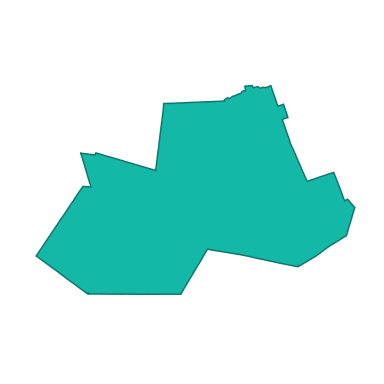 the district of Jimbolia, Timis, Romania, rotated 175°
{"feature_id": "2599482B52055590619759", "entity_name": "Jimbolia", "entity_type": "district", "adm_level": 2, "iso_a3": "ROU", "parent_name": "Romania", "parent_adm1": "Timis", "projection": "albers", "projection_center": [20.766, 45.798], "detail": "fine", "context": "isolated", "style": "filled", "palette": "teal", "viewbox_px": 384, "rotation_deg": 175, "n_neighbors": 0, "source": "geoboundaries", "source_scale": "gbopen_adm2", "svg_char_len": 3902}
<svg xmlns="http://www.w3.org/2000/svg" viewBox="0 0 384 384"><g transform="rotate(175 192 192)"><path d="M300.1,207.1L300.2,206.9L300.3,206.9L303.5,203.0L304.3,202.1L307.1,198.6L309.8,195.3L309.7,195.2L312.8,191.4L314.5,189.4L316.3,187.1L317.2,186.0L319.7,182.8L321.0,181.1L323.4,178.3L324.6,176.9L327.1,173.8L328.3,172.2L330.6,169.4L332.0,167.6L334.0,165.2L336.1,162.6L337.7,160.6L338.9,159.1L341.1,156.4L342.1,155.2L344.6,152.0L345.3,151.2L348.0,147.8L348.7,147.0L351.6,143.3L352.0,142.8L352.8,141.9L350.8,140.2L349.7,139.1L348.5,138.1L346.2,136.1L344.4,134.5L341.5,131.9L341.4,131.9L337.5,128.4L336.6,127.6L332.9,124.5L332.1,123.8L331.8,123.5L331.8,123.4L328.9,120.8L326.7,118.9L324.7,117.0L322.9,115.4L321.7,114.3L321.5,114.1L321.3,114.1L320.9,113.7L320.3,113.2L316.3,109.7L315.4,108.9L311.5,105.4L309.7,103.8L306.8,101.3L306.6,101.1L305.4,100.1L304.6,99.4L304.1,100.2L303.8,99.4L300.7,99.1L299.9,99.1L293.5,98.5L291.8,98.3L286.5,97.8L285.1,97.7L279.1,97.1L277.4,97.0L272.4,96.5L269.2,96.2L269.2,96.4L266.8,96.1L264.6,95.8L260.2,95.4L257.8,95.2L252.9,94.7L245.5,94.0L238.1,93.4L237.0,93.3L230.8,92.8L229.4,92.7L223.4,92.2L220.6,91.9L216.1,91.5L212.1,91.2L211.9,91.3L210.9,92.8L207.8,97.2L207.4,97.7L204.5,101.8L201.6,105.8L198.3,110.4L195.2,114.7L194.8,115.2L191.9,119.2L188.6,123.7L186.3,127.1L185.0,128.9L181.6,133.6L180.5,133.4L175.9,132.1L171.5,131.0L170.2,130.7L164.0,129.1L160.3,128.2L154.6,126.7L150.6,125.7L144.3,123.9L138.5,122.1L132.2,120.0L126.5,118.4L122.5,117.1L113.7,114.4L109.8,113.2L108.4,112.8L102.2,111.0L99.9,110.3L93.2,108.4L91.6,108.9L91.6,109.2L91.4,109.1L90.7,109.4L89.7,109.8L88.3,110.5L87.8,110.8L84.3,112.4L82.0,113.5L77.2,115.9L75.5,116.7L74.3,117.3L73.2,117.8L72.7,118.3L72.4,118.4L72.0,118.6L69.8,120.0L65.8,122.5L63.9,123.7L61.5,125.1L58.9,126.6L53.8,129.1L52.4,129.8L45.1,133.5L42.5,134.8L42.0,135.0L40.4,139.0L38.9,143.1L37.6,146.2L36.0,150.2L34.5,154.1L32.9,158.1L31.2,162.3L33.8,165.9L36.3,169.4L37.6,171.2L40.7,169.9L41.5,172.5L42.2,174.9L42.3,175.5L43.7,180.6L44.9,184.8L46.1,188.9L47.3,193.0L48.5,197.1L49.1,199.1L53.4,198.2L57.6,197.2L61.8,196.2L65.5,195.3L69.7,194.2L73.5,193.3L76.3,192.5L77.8,196.7L79.4,201.3L81.1,206.3L81.9,208.8L82.1,209.6L83.6,213.7L84.9,217.9L86.3,222.1L87.8,226.5L89.2,230.4L89.9,232.5L90.8,236.9L91.9,241.1L93.0,245.4L94.0,249.5L94.9,253.0L95.8,256.5L90.0,257.8L90.9,262.0L92.0,266.5L93.2,271.4L95.9,270.7L99.0,270.0L100.0,274.1L101.0,278.2L102.0,281.9L102.6,284.7L103.2,286.8L103.9,290.4L104.0,290.7L104.5,291.0L107.9,289.8L110.8,289.7L112.4,290.2L114.6,289.4L116.0,290.1L117.1,291.2L120.8,290.7L121.5,290.3L122.9,292.8L127.1,292.8L128.0,292.7L128.8,292.8L130.1,292.8L130.0,291.8L129.9,288.0L132.1,288.3L133.8,287.3L134.4,286.1L138.2,285.2L140.6,284.1L142.8,283.9L146.7,281.8L148.2,282.8L151.7,281.0L151.6,279.9L154.7,279.8L157.7,280.0L160.7,280.2L163.8,280.3L166.9,280.4L169.7,280.6L172.6,280.7L175.4,280.8L178.4,281.0L181.1,281.1L184.0,281.2L186.7,281.4L189.7,281.5L192.9,281.6L194.1,281.6L195.9,281.7L199.5,281.9L200.2,281.9L202.8,282.0L206.9,282.3L212.4,282.6L212.7,281.0L213.1,279.1L213.4,276.8L214.4,272.1L215.2,268.4L216.1,264.2L217.0,260.1L217.9,255.9L218.8,251.7L219.7,247.4L220.5,243.6L221.4,239.1L222.5,234.6L223.3,230.7L224.2,226.3L225.2,221.9L225.8,219.1L226.3,216.6L230.2,218.1L234.0,219.6L237.8,221.1L241.4,222.5L245.3,224.0L249.7,225.8L253.4,227.2L256.9,228.6L262.0,230.6L265.9,232.1L269.9,233.7L274.0,235.2L277.9,236.8L281.4,238.2L284.3,239.3L284.7,239.1L285.0,237.4L286.7,237.7L289.2,238.2L290.6,238.4L292.7,238.8L292.9,239.1L293.6,239.1L294.2,239.3L295.1,239.5L296.2,239.6L296.6,239.8L297.4,239.9L298.2,240.1L298.7,240.2L299.0,240.3L299.3,240.6L299.6,239.7L299.1,238.9L299.0,238.6L298.9,238.1L298.8,237.6L297.8,232.9L296.8,228.1L296.7,227.4L295.7,222.7L294.7,217.6L293.6,212.2L293.2,210.4L292.9,209.4L292.6,208.0L292.4,207.0L292.4,205.9L300.1,207.1Z" fill="#14b8a6" stroke="#0f766e" stroke-width="1.5"/></g></svg>